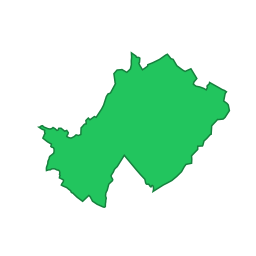 Dutsin Ma, Katsina, Nigeria, rotated 35°
{"feature_id": "59680162B60516342630503", "entity_name": "Dutsin Ma", "entity_type": "district", "adm_level": 2, "iso_a3": "NGA", "parent_name": "Nigeria", "parent_adm1": "Katsina", "projection": "natural_earth1", "projection_center": [7.474, 12.411], "detail": "fine", "context": "isolated", "style": "filled", "palette": "green", "viewbox_px": 256, "rotation_deg": 35, "n_neighbors": 0, "source": "geoboundaries", "source_scale": "gbopen_adm2", "svg_char_len": 2878}
<svg xmlns="http://www.w3.org/2000/svg" viewBox="0 0 256 256"><g transform="rotate(35 128 128)"><path d="M184.9,165.6L189.7,154.2L191.7,150.5L194.0,145.9L195.7,139.7L196.9,133.1L196.3,127.3L196.4,124.5L200.3,120.4L198.3,117.2L196.0,114.3L197.4,105.6L195.6,102.9L199.3,100.0L199.2,99.2L197.7,95.1L198.5,91.5L199.0,87.2L199.2,86.1L199.7,85.4L195.3,78.2L196.5,69.6L196.9,69.5L200.8,66.1L200.9,65.8L201.4,63.7L201.1,55.6L196.9,51.6L195.0,51.1L190.9,51.0L187.8,44.0L187.9,41.9L185.6,41.9L183.1,42.5L179.7,42.8L168.7,43.9L169.2,44.9L169.0,46.7L168.6,47.6L168.8,48.5L169.8,49.4L170.2,51.6L170.2,51.9L167.5,52.1L163.2,53.2L159.6,54.8L156.4,54.6L155.6,52.4L156.0,48.0L145.6,43.4L142.3,48.9L139.8,49.2L132.3,49.0L125.6,45.9L123.4,46.6L119.2,45.3L117.9,45.0L117.7,45.5L117.1,46.5L114.5,53.7L110.8,60.4L107.9,64.8L108.6,66.2L106.5,72.0L101.8,70.0L99.7,68.7L99.7,67.5L97.6,64.0L96.4,64.0L94.3,65.2L93.2,64.5L87.7,64.5L90.4,68.0L92.1,71.0L94.5,74.3L96.1,78.3L95.1,83.1L89.5,83.6L89.4,83.8L85.8,86.8L85.3,91.6L91.6,98.4L91.6,98.5L92.3,98.8L93.5,108.9L93.3,109.9L92.1,111.5L92.2,114.5L94.9,123.2L95.5,127.5L95.8,137.5L93.9,137.9L92.1,143.1L89.8,142.6L89.2,146.0L91.4,148.5L90.2,149.8L89.9,151.2L89.9,152.3L89.5,154.8L93.1,160.4L91.7,162.6L90.2,163.1L89.4,163.4L88.8,166.0L87.2,168.9L85.2,169.8L82.8,170.1L82.3,169.1L82.3,167.4L81.8,166.1L79.2,165.1L78.0,166.9L73.3,166.6L71.5,167.9L71.8,170.1L71.1,170.8L68.6,170.4L66.3,170.6L65.9,172.1L64.7,173.6L62.7,174.5L60.3,175.0L58.8,175.4L57.8,175.3L56.6,175.2L55.8,176.0L55.5,176.8L55.3,177.7L54.6,178.4L55.7,178.4L56.5,178.3L57.3,178.4L58.0,178.3L58.9,178.2L59.9,177.9L61.1,177.7L61.7,178.9L62.7,179.8L63.3,180.1L63.2,181.1L63.4,182.0L63.8,183.4L63.8,184.3L64.2,185.2L70.1,185.5L74.5,185.1L75.4,187.4L76.7,187.4L78.2,186.9L79.3,187.5L80.8,189.4L81.6,191.3L80.8,194.2L80.5,195.0L80.2,196.2L80.4,197.3L80.9,198.0L81.0,198.7L81.2,199.6L81.5,201.1L82.8,203.4L83.2,204.9L83.7,206.8L84.5,208.2L85.6,209.6L86.9,207.9L88.4,206.7L88.9,205.3L90.9,203.7L91.9,203.4L93.8,203.1L95.4,202.4L96.4,202.5L96.9,202.9L98.0,203.9L98.4,205.2L99.6,205.8L99.7,206.7L100.4,208.2L102.9,207.8L104.9,207.6L105.5,208.3L105.8,209.5L105.8,211.4L106.1,213.0L107.4,212.9L109.9,212.4L111.6,212.0L113.1,212.0L114.4,212.2L115.0,212.2L115.4,212.1L116.0,212.2L117.5,212.5L118.1,213.1L119.5,213.2L120.4,212.9L121.5,213.2L126.1,213.9L132.9,214.1L134.6,205.7L136.2,205.9L140.9,208.3L146.6,208.2L153.1,206.9L154.2,206.3L154.5,205.4L152.9,202.9L152.1,201.2L151.5,200.4L150.4,197.9L148.6,196.6L147.1,193.9L146.6,190.7L144.5,185.1L144.9,182.8L145.5,180.1L145.0,178.9L142.3,177.6L141.4,176.7L141.2,172.3L140.6,169.8L140.9,167.6L141.1,166.6L141.3,165.9L140.6,152.5L158.2,157.3L164.9,159.0L171.2,160.3L174.0,162.9L175.3,163.4L177.3,162.2L179.6,163.1L180.6,163.1L180.5,162.0L180.7,161.2L181.8,161.2L183.3,162.5L184.2,163.8L184.9,165.6Z" fill="#22c55e" stroke="#15803d" stroke-width="1.5"/></g></svg>